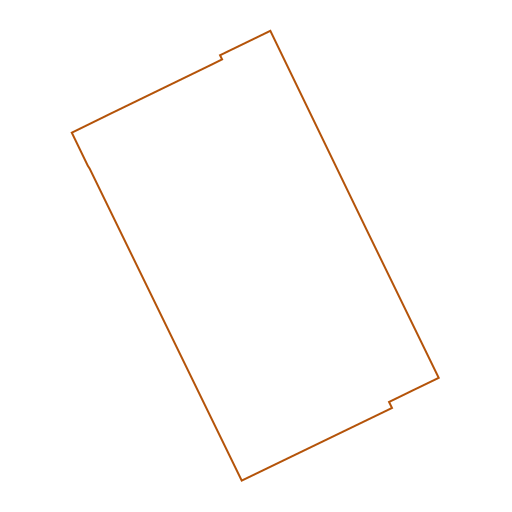 the district of Custer, Oklahoma, United States of America, rotated 244°
{"feature_id": "52423323B24972944108066", "entity_name": "Custer", "entity_type": "district", "adm_level": 2, "iso_a3": "USA", "parent_name": "United States of America", "parent_adm1": "Oklahoma", "projection": "mercator", "projection_center": [-98.896, 35.638], "detail": "fine", "context": "isolated", "style": "outline", "palette": "amber", "viewbox_px": 512, "rotation_deg": 244, "n_neighbors": 0, "source": "geoboundaries", "source_scale": "gbopen_adm2", "svg_char_len": 353}
<svg xmlns="http://www.w3.org/2000/svg" viewBox="0 0 512 512"><g transform="rotate(244 256 256)"><path d="M447.6,144.5L410.8,144.4L407.5,144.8L60.4,144.7L59.8,311.6L66.5,311.6L66.5,339.1L66.4,366.8L232.0,366.9L452.1,367.6L452.2,321.5L452.2,311.7L447.6,311.7L447.5,302.4L447.7,188.0L447.6,144.5Z" fill="none" stroke="#b45309" stroke-width="2"/></g></svg>